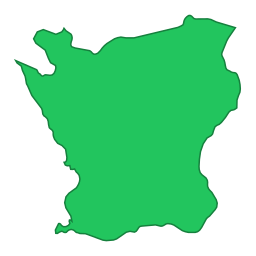 map outline of Skåne (Mercator projection)
{"feature_id": "SWE-3429", "entity_name": "Skåne", "entity_type": "County", "adm_level": 1, "iso_a3": "SWE", "parent_name": "Sweden", "parent_adm1": "", "projection": "mercator", "projection_center": [13.454, 55.942], "detail": "fine", "context": "isolated", "style": "filled", "palette": "green", "viewbox_px": 256, "rotation_deg": 0, "n_neighbors": 0, "source": "natural_earth", "source_scale": "10m", "svg_char_len": 2847}
<svg xmlns="http://www.w3.org/2000/svg" viewBox="0 0 256 256"><path d="M236.8,107.9L234.7,109.4L233.7,109.8L230.9,110.4L228.9,112.1L225.4,117.5L221.4,122.4L219.1,124.4L217.1,125.2L215.0,126.8L213.6,130.4L212.6,133.9L211.3,135.5L207.1,137.9L203.2,143.8L200.5,151.6L199.4,159.3L199.0,166.4L199.2,169.5L200.2,172.7L202.0,174.8L206.0,178.0L207.3,180.3L207.6,182.3L207.5,184.3L207.6,186.4L208.5,188.6L209.6,190.1L211.9,192.5L216.2,199.7L217.2,203.1L216.7,207.1L215.2,209.5L209.6,216.0L207.7,217.4L206.4,218.7L201.6,227.5L199.6,230.2L197.6,231.7L195.2,232.4L188.5,232.4L185.3,231.7L182.3,230.6L174.0,225.1L171.2,224.0L167.8,223.6L166.2,223.9L163.5,225.5L162.0,226.1L160.5,226.1L155.5,224.9L141.5,226.1L139.6,226.6L138.4,228.0L137.4,229.7L136.1,231.3L134.5,232.1L130.0,231.3L126.3,232.2L116.6,238.9L113.5,240.0L106.3,240.6L102.9,240.1L85.5,233.7L79.9,233.5L77.8,232.7L76.6,232.5L76.0,232.2L74.3,230.6L73.4,230.0L71.2,229.4L69.0,230.0L67.9,230.7L66.3,232.3L65.1,232.5L64.0,232.3L62.6,231.5L61.5,231.3L59.4,232.1L57.4,233.4L55.8,233.3L55.4,230.0L58.6,223.6L59.3,223.5L59.9,223.7L60.6,224.2L61.5,225.5L63.4,226.7L66.0,226.6L68.4,225.4L69.8,223.6L69.2,221.2L69.5,220.0L70.5,220.0L71.9,221.2L70.9,216.1L65.9,207.8L64.7,202.7L66.0,196.8L69.0,193.2L76.3,187.9L77.4,186.3L78.6,184.1L79.5,181.6L79.9,179.0L79.2,175.4L77.7,173.3L76.2,171.9L74.6,169.0L72.7,169.4L70.7,169.3L69.8,165.6L67.2,165.8L65.3,165.0L64.1,162.3L65.4,162.1L66.2,161.3L66.7,159.8L66.9,157.4L65.6,149.2L62.0,145.5L57.7,143.3L54.6,139.3L53.5,136.4L53.2,134.9L53.2,132.2L52.9,131.3L52.2,130.3L51.4,129.4L50.7,129.1L49.3,127.7L48.6,124.7L48.2,121.2L47.3,118.7L45.5,116.9L43.9,115.8L42.8,114.0L42.3,110.4L41.6,108.4L32.3,96.1L31.6,94.9L27.6,85.7L26.5,83.8L25.5,77.9L25.1,76.1L22.5,70.5L21.3,66.1L17.1,63.0L15.7,60.6L36.2,69.5L37.0,70.1L38.3,72.9L39.1,73.5L39.9,73.9L41.5,75.7L42.4,76.1L43.3,75.9L44.7,75.0L45.6,74.8L50.0,75.3L52.0,75.0L53.9,73.5L55.2,70.9L55.9,67.9L55.5,65.5L50.6,62.7L48.5,58.5L45.2,50.1L35.9,43.2L33.6,38.8L37.3,31.9L43.3,29.6L55.9,34.3L61.8,31.9L63.4,29.7L64.0,28.3L66.0,30.8L70.9,34.1L71.4,34.9L71.8,35.9L72.1,37.3L72.1,38.5L71.9,39.8L71.3,41.5L70.9,43.3L70.8,44.8L71.2,46.0L71.8,46.8L75.1,48.0L89.7,50.7L91.2,51.8L92.3,53.1L93.7,54.1L95.3,54.2L97.7,53.3L100.4,50.6L102.3,48.0L104.5,45.6L107.0,43.5L114.5,38.8L117.6,37.7L120.9,37.1L126.1,37.9L134.0,37.9L177.9,27.4L181.0,26.0L183.0,24.8L183.5,23.5L184.0,21.1L184.4,20.0L185.2,18.5L186.7,16.9L188.5,15.6L190.0,15.4L191.5,16.1L193.9,18.5L195.6,19.0L207.8,18.9L210.9,19.5L216.3,22.0L235.4,27.7L228.3,38.0L226.7,41.0L222.0,52.6L221.7,54.3L222.0,55.8L224.1,60.1L224.8,62.6L225.3,65.4L225.9,68.1L227.0,69.8L230.0,71.2L231.0,71.9L232.0,72.3L233.4,72.6L234.7,72.7L235.6,73.0L236.3,73.5L237.2,74.8L239.2,80.3L240.0,84.6L240.3,88.9L239.9,92.2L238.5,95.5L237.0,100.0L236.8,107.9Z" fill="#22c55e" stroke="#15803d" stroke-width="1.5"/></svg>